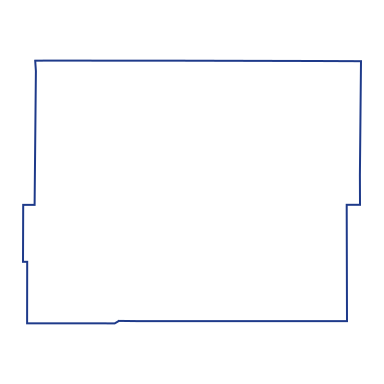 Powder River, Montana, United States of America (Natural Earth projection)
{"feature_id": "52423323B99413017913661", "entity_name": "Powder River", "entity_type": "district", "adm_level": 2, "iso_a3": "USA", "parent_name": "United States of America", "parent_adm1": "Montana", "projection": "natural_earth1", "projection_center": [-105.736, 45.391], "detail": "fine", "context": "isolated", "style": "outline", "palette": "blue", "viewbox_px": 384, "rotation_deg": 0, "n_neighbors": 0, "source": "geoboundaries", "source_scale": "gbopen_adm2", "svg_char_len": 386}
<svg xmlns="http://www.w3.org/2000/svg" viewBox="0 0 384 384"><path d="M46.4,60.6L35.2,60.7L35.9,71.2L34.6,204.9L23.2,204.9L23.0,261.8L27.2,261.8L27.1,323.3L89.5,323.3L114.7,323.4L118.3,321.3L118.6,320.9L135.6,321.1L260.1,321.1L337.0,321.1L347.0,321.1L346.7,204.8L360.0,204.8L359.9,174.9L361.0,61.2L315.7,61.0L185.0,60.7L46.4,60.6Z" fill="none" stroke="#1e3a8a" stroke-width="2"/></svg>